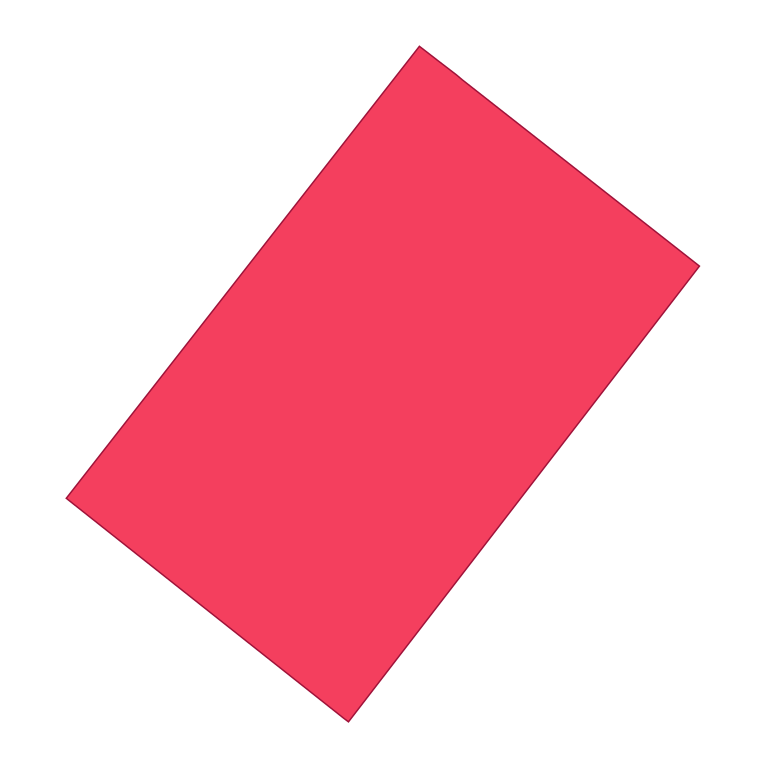 outline of Oldham, Texas, United States of America, rotated 128°
{"feature_id": "52423323B29026545860806", "entity_name": "Oldham", "entity_type": "district", "adm_level": 2, "iso_a3": "USA", "parent_name": "United States of America", "parent_adm1": "Texas", "projection": "natural_earth1", "projection_center": [-102.75, 35.405], "detail": "fine", "context": "isolated", "style": "filled", "palette": "rose", "viewbox_px": 768, "rotation_deg": 128, "n_neighbors": 0, "source": "geoboundaries", "source_scale": "gbopen_adm2", "svg_char_len": 273}
<svg xmlns="http://www.w3.org/2000/svg" viewBox="0 0 768 768"><g transform="rotate(128 384 384)"><path d="M96.9,208.0L96.1,509.8L95.8,517.0L96.0,540.8L96.1,564.0L669.7,564.0L672.2,210.0L672.1,204.0L96.9,208.0Z" fill="#f43f5e" stroke="#9f1239" stroke-width="1.5"/></g></svg>